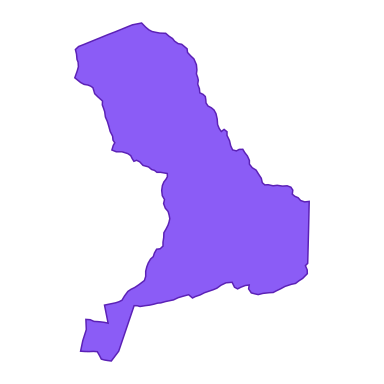 Senador Sá, Ceará, Brazil (Mercator projection)
{"feature_id": "56859067B49551412752455", "entity_name": "Senador Sá", "entity_type": "district", "adm_level": 2, "iso_a3": "BRA", "parent_name": "Brazil", "parent_adm1": "Ceará", "projection": "mercator", "projection_center": [-40.474, -3.28], "detail": "fine", "context": "isolated", "style": "filled", "palette": "violet", "viewbox_px": 384, "rotation_deg": 0, "n_neighbors": 0, "source": "geoboundaries", "source_scale": "gbopen_adm2", "svg_char_len": 2762}
<svg xmlns="http://www.w3.org/2000/svg" viewBox="0 0 384 384"><path d="M75.4,49.5L76.5,54.0L77.0,59.4L78.1,62.2L78.4,66.8L77.2,71.0L74.8,77.8L77.9,80.3L80.6,82.5L84.1,84.4L87.8,85.0L90.6,86.1L92.9,87.7L93.9,90.9L94.7,93.7L97.6,96.6L102.5,101.0L102.3,104.9L103.4,107.8L104.7,111.7L105.4,117.0L107.4,121.6L108.8,126.3L110.2,131.5L112.6,136.2L113.0,140.1L114.8,142.8L113.3,145.3L111.9,150.0L116.3,151.8L122.0,151.8L127.8,153.6L130.7,155.6L132.2,158.6L133.9,161.3L136.6,160.3L139.7,161.8L143.0,165.4L148.5,166.9L151.6,169.5L154.5,170.4L156.9,172.3L160.4,172.3L163.3,172.8L167.3,173.5L167.4,176.7L166.0,179.2L163.9,181.9L162.4,185.5L161.7,190.4L162.3,195.7L164.5,199.5L163.6,203.6L165.3,208.2L168.1,211.5L169.1,215.0L169.8,218.7L169.0,222.2L168.0,225.2L166.0,229.1L163.9,232.7L163.7,237.6L163.0,242.2L163.0,246.1L160.1,248.8L156.6,249.2L154.4,253.1L153.3,256.6L150.6,259.0L148.3,262.9L146.8,266.8L145.7,271.2L145.7,276.4L144.4,280.5L138.9,284.7L134.7,287.5L131.0,289.3L127.9,291.4L124.5,296.0L122.0,300.2L119.1,301.7L115.7,302.8L104.5,305.1L108.1,323.2L104.7,322.4L100.8,321.9L97.7,321.6L94.0,321.4L90.2,319.7L85.9,319.4L86.3,329.6L82.8,340.6L80.6,351.2L84.8,351.5L89.0,351.6L93.5,351.4L97.3,351.7L99.7,355.9L101.3,359.1L104.5,360.0L107.5,360.5L111.3,361.0L118.7,351.2L134.1,305.7L137.2,305.7L140.0,306.5L145.0,305.7L149.7,305.1L153.8,304.2L157.7,303.1L160.7,302.9L165.7,301.5L173.5,299.9L178.1,297.7L182.8,296.3L188.6,294.7L192.5,298.0L195.2,296.6L200.2,294.9L204.5,292.7L208.3,291.4L213.0,289.8L216.9,288.2L221.0,285.2L226.0,282.8L232.1,282.3L234.5,287.2L237.6,288.9L240.9,287.2L245.3,285.5L249.2,285.0L248.6,288.9L251.3,292.9L254.7,293.8L258.2,294.6L262.9,293.4L269.2,292.7L273.2,292.5L276.4,290.8L280.6,288.8L285.0,286.4L291.4,284.3L295.6,283.4L298.8,280.9L302.7,278.4L307.3,273.7L307.2,269.9L305.4,265.7L307.7,263.3L308.6,228.7L309.2,201.4L304.7,201.9L300.6,200.5L298.1,197.7L294.8,196.3L292.3,194.2L292.8,190.1L290.9,187.2L287.2,185.8L282.5,186.1L277.2,185.3L273.1,185.8L268.1,184.7L264.8,184.9L262.3,182.7L261.3,178.3L258.3,173.7L256.1,170.1L252.2,167.7L249.4,164.1L249.4,160.4L247.4,156.0L244.7,152.5L242.8,149.3L239.2,149.4L236.4,150.9L232.6,149.9L230.7,145.8L229.5,140.6L227.0,135.4L227.0,131.7L224.1,129.4L221.3,131.5L219.3,128.7L217.6,124.6L217.2,119.1L216.0,113.7L214.0,110.0L211.4,107.8L208.0,106.0L206.0,102.9L205.8,99.7L205.3,96.5L203.1,94.4L199.8,92.8L199.4,88.7L197.7,84.1L198.3,80.2L197.6,77.2L196.4,73.9L196.9,70.0L196.4,64.7L193.9,58.9L190.6,55.8L187.5,52.4L187.1,48.8L184.6,46.7L181.7,44.3L178.1,43.6L174.5,41.1L172.6,38.6L169.0,36.2L165.7,33.3L159.9,33.1L155.7,32.3L152.0,31.5L148.8,29.8L145.6,27.1L141.6,23.0L132.5,24.8L128.2,26.5L114.8,32.0L108.2,34.5L83.5,44.6L78.6,46.5L75.4,49.5Z" fill="#8b5cf6" stroke="#5b21b6" stroke-width="1.5"/></svg>